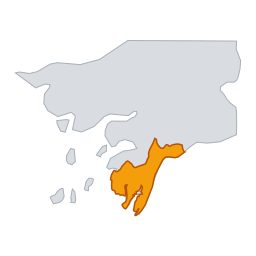 where Tombali sits in Guinea-Bissau
{"feature_id": "GNB-778", "entity_name": "Tombali", "entity_type": "Region", "adm_level": 1, "iso_a3": "GNB", "parent_name": "Guinea-Bissau", "parent_adm1": "", "projection": "equal_earth", "projection_center": [-15.06, 11.313], "detail": "fine", "context": "in_parent", "style": "filled", "palette": "amber", "viewbox_px": 256, "rotation_deg": 0, "n_neighbors": 0, "source": "natural_earth", "source_scale": "10m", "svg_char_len": 4292}
<svg xmlns="http://www.w3.org/2000/svg" viewBox="0 0 256 256"><path d="M15.4,72.9L19.4,72.0L29.5,73.5L37.3,71.6L42.8,68.4L50.2,64.1L57.5,62.7L80.1,64.6L99.7,59.4L114.3,49.5L127.8,40.5L145.2,40.6L163.9,40.7L190.5,40.8L211.6,40.9L236.5,41.1L236.2,49.2L240.6,60.6L240.0,69.1L238.1,77.1L236.5,80.3L234.3,82.1L227.6,82.1L224.8,83.7L220.4,86.8L220.3,90.5L223.8,94.1L226.7,99.0L230.1,102.9L235.9,107.4L236.5,112.3L236.7,124.9L236.4,134.7L220.0,141.8L207.5,143.1L196.8,142.3L192.2,145.3L183.0,152.7L171.7,157.1L165.9,157.4L163.1,160.1L158.7,167.7L146.4,201.1L142.4,209.1L139.1,214.3L135.3,207.2L138.3,194.1L135.1,194.3L128.9,204.9L125.8,205.2L126.2,192.7L122.7,192.2L118.7,193.1L113.1,186.6L112.5,181.7L113.0,174.8L116.4,170.5L116.0,168.6L112.7,168.1L109.0,169.3L106.7,167.2L110.4,158.4L123.5,151.0L130.1,150.2L136.9,148.5L133.2,142.1L125.2,139.6L118.8,141.4L115.6,146.0L111.6,146.8L105.0,135.9L105.2,130.5L107.6,124.0L111.4,121.1L126.7,121.2L132.4,117.6L134.8,116.9L137.0,113.6L136.5,111.4L134.0,111.3L128.3,115.6L110.0,114.0L104.2,116.6L94.0,126.5L81.5,132.0L72.4,129.6L75.3,116.4L74.0,114.5L71.2,112.4L57.8,116.6L47.7,110.5L43.8,103.2L44.5,94.0L49.2,87.8L50.0,84.7L45.0,84.1L35.7,87.9L15.4,72.9ZM59.5,202.3L53.5,203.8L50.8,198.9L50.4,196.9L53.5,195.3L54.9,195.2L57.3,191.6L60.2,189.2L61.5,188.4L63.0,188.6L64.1,196.5L62.6,199.9L59.5,202.3ZM75.3,161.7L71.8,164.8L68.2,163.4L66.3,160.6L66.6,155.6L70.7,148.5L74.3,149.4L75.3,161.7ZM69.1,120.1L65.2,132.3L60.5,131.0L57.1,123.7L56.8,120.6L66.5,119.6L69.1,120.1ZM88.4,186.7L88.4,190.8L85.3,190.1L84.4,188.8L86.2,181.4L89.0,178.1L92.4,178.6L93.4,179.6L92.7,182.5L91.3,184.8L88.4,186.7ZM101.2,154.6L100.5,156.9L96.3,154.9L102.5,146.5L106.5,145.1L106.3,151.5L103.2,152.9L101.2,154.6ZM75.7,200.0L75.0,202.8L70.7,202.4L71.7,199.6L70.7,198.7L72.0,190.3L72.6,189.0L74.8,192.1L75.0,193.4L75.7,200.0Z" fill="#d9dde1" stroke="#a8b0b8" stroke-width="1"/><path d="M184.5,152.2L177.9,157.0L174.8,157.7L168.6,156.8L165.6,157.2L163.8,158.5L162.4,160.5L155.1,174.8L154.0,178.6L152.5,186.4L145.4,204.7L142.9,208.6L140.8,211.5L137.9,214.2L136.0,215.5L135.1,215.4L135.3,214.0L135.8,213.4L136.5,212.9L137.1,212.3L138.2,210.0L138.7,209.5L138.7,208.8L138.2,208.8L137.9,209.7L137.5,210.5L136.9,211.2L136.1,211.5L135.3,211.6L134.4,211.3L133.8,210.8L133.6,209.9L134.9,202.5L135.4,201.3L136.2,200.7L136.6,199.4L137.0,198.0L137.4,196.8L137.9,196.5L138.8,196.6L139.2,196.4L139.2,196.1L139.1,194.7L139.2,194.4L142.3,194.1L142.1,193.2L141.7,192.5L141.3,192.0L140.7,191.7L141.7,190.3L142.3,188.4L142.2,186.6L141.2,185.5L140.5,188.1L139.4,190.0L137.9,191.2L136.1,191.7L136.5,193.3L136.2,194.3L135.5,194.5L134.7,193.7L134.5,194.2L134.3,194.6L134.1,195.1L134.1,195.8L133.8,195.5L133.0,195.1L133.0,197.0L132.6,197.9L131.8,198.5L130.8,199.6L130.0,201.0L128.9,203.9L126.9,207.3L126.1,208.4L125.2,208.8L124.2,208.2L123.1,206.9L122.2,205.4L122.2,204.4L123.0,203.6L125.2,202.1L126.0,201.3L126.4,200.1L127.0,195.8L126.2,187.3L127.0,184.9L125.3,185.2L124.8,186.7L125.1,188.7L125.5,190.4L125.6,191.9L125.5,194.3L125.0,196.0L123.0,195.0L120.4,195.1L119.6,194.8L119.1,194.3L118.6,193.9L118.3,193.7L116.6,194.0L115.7,193.9L115.3,192.7L115.1,191.6L114.6,190.9L113.8,190.5L113.0,190.4L111.9,189.3L111.6,186.9L111.7,182.1L111.9,181.0L111.8,180.4L111.4,180.1L111.0,180.0L110.7,179.9L110.6,179.6L110.6,179.0L110.7,177.9L111.1,176.6L111.2,175.6L111.6,174.6L113.4,171.3L114.2,170.4L114.7,170.6L116.2,171.5L117.1,171.7L117.8,171.4L118.9,170.1L119.6,169.8L120.4,169.2L121.2,167.9L122.0,166.3L122.7,165.6L126.4,161.6L127.7,161.0L128.1,161.2L129.4,162.1L130.7,163.3L131.3,163.6L131.5,163.8L131.8,164.1L132.9,166.0L133.3,166.4L133.7,166.9L134.6,167.4L135.2,167.5L135.7,167.6L138.4,166.3L140.1,165.9L140.6,165.8L141.3,165.3L141.6,165.2L144.5,164.3L145.2,163.9L145.6,163.5L146.4,161.9L147.3,159.5L147.7,158.7L148.0,158.3L148.3,157.9L148.4,157.5L148.6,157.0L148.7,156.5L148.7,155.9L148.6,154.0L148.7,152.8L148.8,152.2L149.8,149.3L153.2,142.7L154.9,138.4L156.2,139.3L156.6,140.2L156.6,141.4L156.9,143.0L158.2,145.3L160.0,147.4L162.1,148.5L163.8,147.8L165.8,145.1L166.6,144.8L167.8,144.9L168.1,145.1L168.9,146.0L169.4,146.3L170.1,146.2L172.1,145.0L173.8,144.5L177.2,144.0L178.9,144.1L182.1,145.1L182.4,146.6L182.4,147.3L182.8,149.0L184.4,152.2L184.5,152.2Z" fill="#f59e0b" stroke="#b45309" stroke-width="1.5"/></svg>